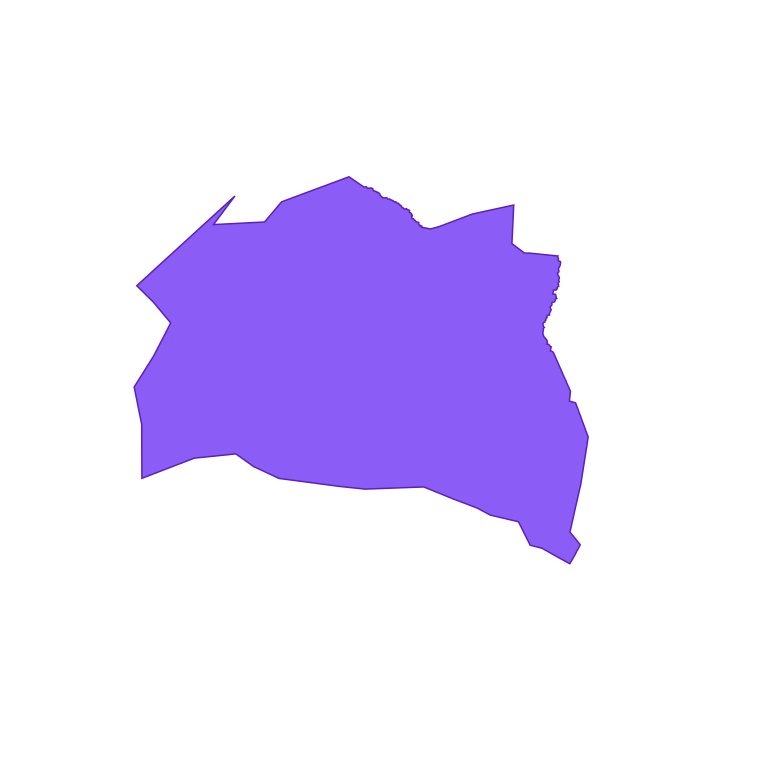 the district of Bayandun, Dornod, Mongolia, rotated 127°
{"feature_id": "93677404B6552639401597", "entity_name": "Bayandun", "entity_type": "district", "adm_level": 2, "iso_a3": "MNG", "parent_name": "Mongolia", "parent_adm1": "Dornod", "projection": "robinson", "projection_center": [113.06, 49.385], "detail": "fine", "context": "isolated", "style": "filled", "palette": "violet", "viewbox_px": 768, "rotation_deg": 127, "n_neighbors": 0, "source": "geoboundaries", "source_scale": "gbopen_adm2", "svg_char_len": 5871}
<svg xmlns="http://www.w3.org/2000/svg" viewBox="0 0 768 768"><g transform="rotate(127 384 384)"><path d="M323.6,616.2L454.3,640.6L457.4,617.5L463.6,591.1L500.5,584.8L536.8,581.7L562.1,553.2L605.0,520.6L557.4,490.9L529.0,460.3L528.4,438.3L522.6,411.0L492.1,357.1L479.3,335.8L442.3,290.3L434.2,259.7L427.1,235.3L424.7,220.1L413.1,193.7L424.8,170.2L420.1,159.0L417.6,140.2L415.7,127.4L413.4,127.7L410.1,128.1L406.8,128.5L404.6,128.8L400.5,129.6L399.0,129.7L398.3,129.8L394.6,130.5L394.3,130.6L392.6,137.0L391.8,140.4L391.4,142.1L391.0,143.8L390.3,146.4L374.3,153.6L366.9,157.0L357.9,161.0L353.1,163.2L345.6,166.5L341.9,168.5L337.2,171.0L318.6,180.9L314.6,183.1L312.3,184.2L310.4,185.3L303.4,189.1L300.0,194.4L297.4,198.4L295.6,201.2L293.0,205.3L290.9,208.4L289.5,210.8L286.7,215.0L285.3,217.3L283.8,219.6L284.1,220.5L285.0,222.9L286.0,225.7L277.6,230.7L275.8,233.9L274.2,236.8L273.3,238.5L271.9,240.6L270.8,242.9L268.1,247.7L266.6,250.3L265.7,251.9L264.4,254.3L263.9,255.2L261.6,259.3L259.8,262.5L259.0,263.8L257.8,266.1L256.8,267.8L256.8,268.7L256.8,269.5L257.0,270.2L257.4,271.1L254.7,272.4L253.7,272.8L253.8,273.7L253.9,274.1L253.7,274.5L253.3,276.1L253.6,277.0L254.1,277.7L253.2,278.1L252.5,278.6L251.2,280.0L250.7,280.7L250.7,281.5L250.3,283.0L250.0,283.8L250.1,284.7L249.5,285.4L248.0,287.6L245.6,288.9L244.8,289.3L243.7,290.1L243.4,290.1L242.3,290.0L242.4,290.9L240.7,292.8L240.1,293.5L239.1,293.5L238.9,293.5L238.2,293.0L237.7,292.8L237.3,292.9L236.4,293.3L235.4,293.2L234.8,293.8L234.4,293.9L233.9,294.0L232.9,293.7L232.6,294.4L232.4,294.5L231.4,294.8L230.9,295.0L230.5,294.2L229.8,293.8L229.3,293.3L228.8,293.8L228.1,294.3L227.1,294.6L226.2,294.8L224.5,295.0L224.1,295.1L223.7,295.8L223.3,296.8L222.6,297.7L220.3,297.4L219.8,297.5L219.5,297.7L217.9,298.9L217.4,298.7L217.1,298.5L216.8,298.0L216.5,297.8L216.0,297.4L215.5,297.2L214.5,297.5L213.1,298.0L212.6,298.0L211.8,297.5L211.7,297.9L211.5,298.3L209.6,300.3L209.2,301.1L209.3,301.5L209.6,302.0L210.4,302.9L210.5,303.3L210.2,303.9L210.0,304.0L209.1,304.1L208.4,304.4L207.6,304.8L206.6,305.1L206.0,303.8L205.4,303.1L204.4,303.1L203.7,302.9L203.5,303.1L203.1,303.6L202.7,303.8L201.8,303.6L200.8,303.3L199.6,304.5L199.2,305.2L198.8,305.5L198.2,305.6L197.1,305.6L196.7,305.7L196.5,306.2L196.1,306.8L195.8,307.0L194.9,307.4L193.7,307.8L193.3,308.2L192.9,309.0L192.6,309.8L192.3,310.6L191.4,311.8L191.0,312.1L190.5,311.9L190.0,311.8L189.4,311.8L188.9,312.0L188.6,312.2L188.1,312.7L187.6,313.4L186.7,314.1L186.0,314.2L184.8,314.4L183.9,314.6L183.0,314.8L182.1,315.4L181.1,315.8L180.2,316.5L180.1,317.2L180.2,317.5L180.3,317.6L180.8,318.3L180.7,318.5L180.5,319.0L179.2,319.9L178.7,320.6L177.7,322.0L177.1,322.1L191.9,346.6L194.9,350.6L194.9,366.3L163.0,388.1L194.9,415.6L225.1,434.7L232.1,440.1L236.1,448.1L235.6,448.3L235.3,448.8L235.2,449.0L235.3,449.4L235.8,449.5L236.1,449.8L235.9,449.9L235.7,450.1L235.5,450.5L235.5,450.8L235.6,451.4L235.7,452.0L235.6,452.3L235.5,452.5L235.1,452.7L234.7,452.9L234.5,453.1L234.3,453.2L234.2,453.4L234.1,453.6L234.1,453.8L234.2,454.1L234.4,454.4L234.8,454.9L235.0,455.1L234.9,455.7L235.0,455.9L235.1,456.2L235.1,456.3L235.1,456.5L234.9,456.7L234.7,457.0L234.7,457.3L234.6,457.5L234.6,457.9L234.7,458.2L234.9,458.7L234.9,458.9L234.7,459.1L234.5,459.3L234.3,459.6L234.3,459.9L234.4,460.3L234.7,460.6L234.9,460.8L234.9,461.1L234.8,461.3L234.8,461.6L234.7,461.9L234.3,462.1L234.0,462.2L233.6,462.4L233.6,462.8L233.3,463.0L233.2,462.9L232.9,462.8L232.6,462.7L232.3,462.9L232.2,463.1L232.1,463.3L232.0,463.5L231.9,463.8L231.8,464.3L231.5,464.6L231.4,464.7L231.4,465.1L231.3,465.4L231.3,465.7L231.3,465.9L231.5,466.3L231.7,466.7L231.6,467.0L230.9,467.5L230.3,467.8L230.1,468.1L230.1,468.3L230.0,468.6L230.0,468.8L230.2,469.1L230.4,469.2L230.6,469.5L230.7,469.9L230.7,470.2L230.6,470.8L230.4,471.2L230.4,471.5L230.7,471.7L231.1,471.9L231.3,472.1L231.6,472.2L231.7,472.4L231.7,472.7L231.8,472.9L231.9,473.2L232.0,473.4L232.0,473.6L231.9,474.2L231.9,474.5L231.9,474.9L231.9,475.1L232.3,475.6L232.2,475.9L232.1,476.1L231.9,476.3L231.7,476.6L231.5,477.0L231.4,477.2L231.5,477.4L231.6,477.6L231.5,477.9L231.4,478.1L231.4,478.3L231.5,478.5L231.6,478.8L231.5,479.0L231.3,479.2L231.3,479.4L231.3,479.6L231.3,479.9L231.3,480.2L231.3,480.5L231.2,480.6L231.2,481.2L231.2,481.4L231.2,481.7L231.4,482.0L231.5,482.3L231.6,482.5L231.5,483.0L231.4,483.3L231.4,483.6L231.6,483.8L231.6,484.0L231.6,484.3L231.6,484.5L231.8,484.7L232.1,484.8L232.3,485.1L232.3,485.3L232.2,485.5L232.2,485.9L232.2,486.1L232.3,486.3L232.3,486.6L232.3,486.8L232.2,487.0L232.4,487.3L232.4,487.5L232.4,487.9L232.3,488.1L232.4,488.3L232.5,488.8L232.8,489.1L232.9,489.4L232.9,489.7L232.8,490.2L232.8,490.3L232.8,490.6L233.0,490.9L233.4,491.4L233.6,491.6L233.9,491.9L233.9,492.1L233.9,492.3L233.8,492.5L233.7,492.8L233.6,493.2L233.6,493.6L233.7,493.9L233.8,494.1L234.0,494.4L234.3,494.6L234.7,495.1L235.0,495.6L235.2,495.9L235.4,496.3L235.8,496.6L236.0,496.8L235.9,497.3L235.9,497.5L235.8,498.4L235.7,499.1L235.7,499.5L235.8,499.8L235.7,500.2L235.6,500.4L235.5,500.6L235.4,500.8L235.2,501.0L235.0,501.3L235.0,501.5L234.9,501.7L234.7,501.9L234.5,502.2L234.5,502.5L234.7,503.2L234.6,503.8L234.8,504.0L234.8,504.3L234.7,504.5L234.7,504.8L234.9,505.0L235.1,505.2L235.1,505.4L235.1,505.8L235.1,506.1L235.1,506.4L235.2,506.7L235.3,507.0L235.4,507.3L235.5,507.4L235.6,507.5L235.6,507.9L235.6,508.1L235.9,508.4L235.9,508.7L235.9,508.9L235.6,509.4L235.5,509.6L235.4,509.8L235.2,510.0L234.8,510.4L234.8,510.6L234.8,510.8L235.0,511.1L235.0,511.3L235.0,511.5L235.0,511.9L235.0,512.0L235.4,512.3L235.5,512.4L235.6,512.6L235.6,512.8L235.7,513.0L235.9,513.1L236.1,513.2L236.4,513.6L236.8,513.8L237.0,514.0L237.1,514.4L237.4,514.6L237.5,515.0L237.4,515.5L237.4,515.8L237.4,516.1L237.1,516.5L237.3,517.0L237.8,517.6L238.8,518.6L239.6,536.7L300.1,575.4L326.5,576.9L359.3,616.1L323.6,616.2Z" fill="#8b5cf6" stroke="#5b21b6" stroke-width="1.5"/></g></svg>